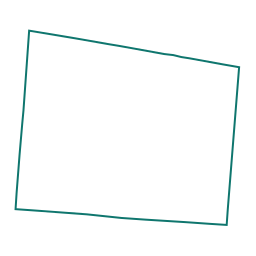 outline of Itawamba, Mississippi, United States of America, rotated 274°
{"feature_id": "52423323B2646485621413", "entity_name": "Itawamba", "entity_type": "district", "adm_level": 2, "iso_a3": "USA", "parent_name": "United States of America", "parent_adm1": "Mississippi", "projection": "orthographic", "projection_center": [-88.339, 34.276], "detail": "fine", "context": "isolated", "style": "outline", "palette": "teal", "viewbox_px": 256, "rotation_deg": 274, "n_neighbors": 0, "source": "geoboundaries", "source_scale": "gbopen_adm2", "svg_char_len": 468}
<svg xmlns="http://www.w3.org/2000/svg" viewBox="0 0 256 256"><g transform="rotate(274 128 128)"><path d="M138.0,22.5L125.3,22.2L94.0,21.7L55.5,21.4L39.2,21.5L39.2,39.9L39.0,93.1L37.8,127.7L37.8,151.6L38.1,191.8L38.1,216.6L38.2,233.2L53.4,233.2L196.4,234.6L198.1,218.1L201.8,184.6L202.5,176.3L203.9,168.1L204.3,159.0L208.7,118.9L208.8,117.9L209.3,113.3L210.3,102.6L213.8,68.9L213.9,67.7L218.2,22.6L138.0,22.5Z" fill="none" stroke="#0f766e" stroke-width="2"/></g></svg>